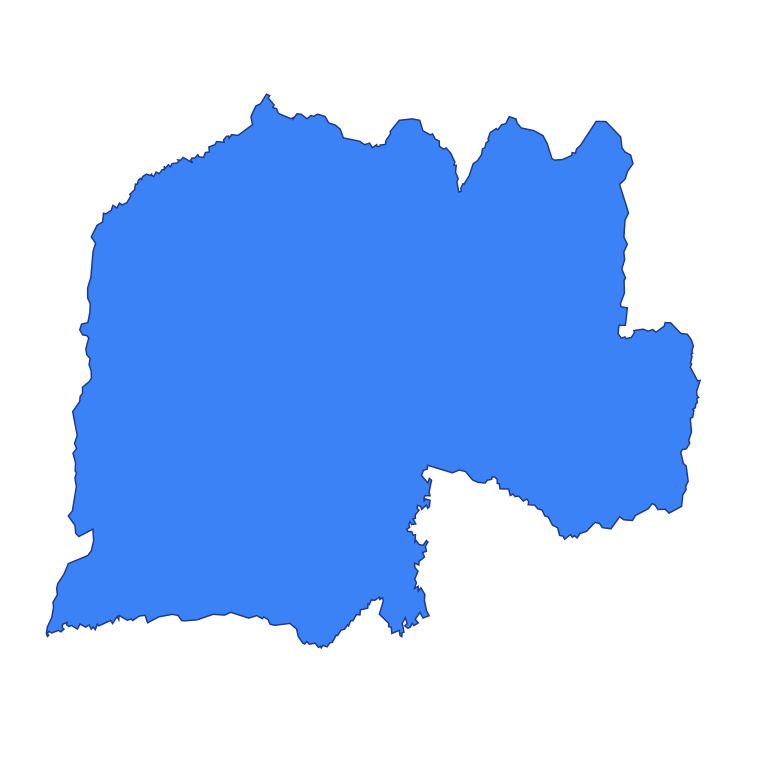 Si Thep, Phetchabun, Thailand, rotated 185°
{"feature_id": "78962969B52356787217870", "entity_name": "Si Thep", "entity_type": "district", "adm_level": 2, "iso_a3": "THA", "parent_name": "Thailand", "parent_adm1": "Phetchabun", "projection": "equal_earth", "projection_center": [101.094, 15.447], "detail": "fine", "context": "isolated", "style": "filled", "palette": "blue", "viewbox_px": 768, "rotation_deg": 185, "n_neighbors": 0, "source": "geoboundaries", "source_scale": "gbopen_adm2", "svg_char_len": 6120}
<svg xmlns="http://www.w3.org/2000/svg" viewBox="0 0 768 768"><g transform="rotate(185 384 384)"><path d="M678.3,529.7L678.4,521.0L683.7,517.0L688.4,505.0L683.6,499.0L685.4,490.5L685.3,464.6L687.6,453.8L686.7,443.9L683.7,438.5L683.2,429.9L684.4,419.3L690.5,417.3L691.8,411.4L688.4,406.6L684.6,406.5L682.1,404.2L684.1,393.2L682.7,387.2L679.0,383.8L679.5,377.5L676.9,371.7L676.0,364.6L677.6,360.9L684.1,354.5L683.5,348.2L685.6,345.3L685.6,340.0L691.7,329.3L685.1,305.9L687.1,297.8L684.6,292.9L687.8,287.9L684.4,278.7L684.1,270.5L682.6,268.7L683.7,263.3L681.5,255.1L683.4,230.4L687.0,225.0L679.5,216.2L678.1,208.4L674.8,205.4L661.3,214.1L659.6,202.2L661.1,192.2L664.1,187.3L682.7,177.6L686.2,166.7L691.6,156.7L692.3,151.6L691.0,145.6L694.7,137.8L693.7,132.5L694.7,122.3L698.2,112.5L698.6,106.2L697.3,103.2L696.2,104.2L697.5,106.5L696.3,108.3L693.4,107.0L686.7,110.2L684.3,108.9L681.4,111.9L683.3,113.3L683.3,116.5L679.0,118.8L679.1,116.5L676.9,115.0L674.2,116.2L668.0,113.2L665.9,118.4L660.1,115.8L656.8,118.1L654.3,114.3L652.5,116.5L650.2,114.1L648.6,119.8L647.0,118.2L635.8,124.6L633.5,121.7L629.6,129.1L627.7,126.2L627.8,130.3L619.1,126.3L615.3,127.9L613.7,126.5L607.8,131.4L601.8,132.8L598.7,125.5L588.1,132.4L574.9,136.1L569.2,135.6L564.9,130.7L562.4,130.6L549.6,132.8L534.1,139.7L522.6,139.9L516.8,143.2L498.3,139.0L490.5,142.2L484.8,139.6L483.4,141.4L478.9,139.1L476.4,134.7L471.9,134.1L456.8,137.3L449.8,132.4L447.4,125.0L442.3,118.8L440.3,118.1L438.5,120.7L435.8,118.3L430.0,119.8L426.3,115.9L424.5,117.1L423.5,115.6L422.1,118.3L417.7,117.2L415.5,121.4L412.9,122.2L409.8,129.6L408.4,129.3L405.3,135.2L402.0,136.2L399.3,140.9L398.2,139.8L396.7,145.1L394.2,145.6L391.4,151.9L387.8,151.9L387.9,156.9L380.7,159.3L380.7,163.4L379.5,162.9L377.8,167.7L374.2,167.8L369.8,171.4L369.4,169.0L366.8,170.9L365.8,167.5L368.6,154.3L358.3,145.9L358.2,142.6L355.6,142.3L354.5,136.2L347.4,139.8L346.0,134.7L344.2,133.9L344.4,137.6L342.5,138.5L344.9,147.1L342.5,153.0L340.1,147.5L342.2,144.9L339.0,142.8L336.6,144.1L335.0,148.0L333.1,146.0L329.0,149.0L332.4,152.4L328.3,159.5L324.7,154.3L318.9,157.1L321.9,161.7L324.9,172.2L324.9,177.8L329.5,184.2L331.7,180.6L332.4,185.4L335.8,183.0L334.4,189.0L336.4,192.2L333.8,200.4L337.2,203.8L338.0,208.4L333.5,206.7L333.6,210.5L328.6,215.1L330.8,219.6L327.2,221.0L328.6,225.8L326.5,230.5L328.1,231.7L331.0,226.7L334.9,227.1L338.3,230.8L339.4,229.2L339.5,236.5L341.8,236.0L343.6,239.4L347.2,239.1L348.9,241.3L346.0,243.3L347.0,246.6L346.1,249.0L344.3,246.4L340.2,247.3L343.4,252.4L341.0,252.9L341.5,256.3L338.1,261.3L340.3,263.2L340.0,266.0L336.8,265.3L335.6,262.4L331.2,267.2L329.6,264.0L328.1,265.9L328.0,272.2L332.8,273.1L333.8,271.3L334.2,273.8L333.5,276.3L328.4,276.7L329.7,280.3L328.2,292.2L330.6,293.9L331.5,289.1L338.7,296.2L337.2,301.4L333.5,303.0L333.5,306.8L308.1,301.5L301.5,304.9L295.2,303.9L287.5,296.2L281.7,294.2L274.5,294.2L272.9,297.1L268.5,298.4L268.2,300.9L265.6,301.0L262.9,298.9L262.5,294.8L260.4,294.7L259.3,289.7L250.6,290.2L248.5,283.9L245.8,285.6L243.6,283.2L239.9,284.1L235.0,279.5L231.8,281.9L229.6,279.4L229.8,276.3L223.4,276.5L220.0,273.1L215.4,272.1L212.3,266.6L208.8,265.8L203.8,258.0L198.5,256.0L195.9,248.5L192.3,248.0L190.5,245.1L185.1,250.2L183.1,247.8L181.0,249.4L178.2,247.5L175.8,252.2L169.5,254.8L161.8,264.5L157.0,263.9L154.1,260.0L145.3,259.5L137.7,272.3L133.2,269.6L124.6,269.7L121.9,275.1L109.8,282.8L106.5,288.2L103.5,287.2L100.2,282.8L93.0,283.8L88.8,280.2L76.9,288.0L76.7,299.4L73.8,305.2L74.6,308.1L72.5,313.5L75.8,328.6L78.8,330.9L82.4,341.8L81.1,344.7L77.3,345.7L74.3,351.6L75.5,354.5L73.5,363.0L75.9,376.5L73.6,377.7L73.0,384.8L74.2,385.8L71.8,387.5L71.6,391.6L70.2,392.7L71.1,396.9L69.4,398.0L71.5,400.3L71.9,404.3L69.4,415.1L71.9,414.4L80.4,427.6L79.3,430.8L80.5,431.8L79.5,438.4L80.6,440.6L79.2,441.5L80.2,443.5L79.1,448.8L81.5,454.4L86.1,460.0L92.7,460.2L103.7,469.9L109.2,469.7L109.9,466.1L117.5,459.3L120.9,461.7L125.5,459.7L130.7,461.2L139.7,459.0L139.1,456.8L141.6,452.0L146.8,450.3L148.1,451.9L151.6,450.3L155.2,454.5L155.1,462.9L148.7,463.5L148.3,474.6L148.3,481.1L154.4,481.5L155.5,484.3L152.4,495.8L153.9,508.1L152.6,510.5L157.1,519.3L155.1,528.9L156.6,536.3L153.8,544.4L157.8,551.3L158.2,568.1L155.3,575.7L166.7,603.4L161.6,609.2L160.0,616.9L155.2,625.2L158.2,633.5L164.2,636.2L167.5,640.0L169.8,650.8L185.9,664.8L195.5,664.1L209.0,639.0L212.7,634.9L213.4,630.6L216.8,630.9L216.8,628.0L225.7,623.2L233.5,621.9L236.3,623.1L242.4,637.7L247.3,645.3L256.9,649.5L269.5,651.0L274.0,655.3L275.6,659.5L282.5,661.3L285.3,654.0L289.5,652.5L292.8,647.1L294.5,648.3L300.0,643.8L301.8,637.2L300.8,635.7L303.4,633.0L304.0,628.2L306.4,626.7L306.8,621.0L310.2,614.7L314.4,611.1L317.2,599.1L321.6,590.2L322.9,590.3L324.5,585.8L323.9,582.7L326.2,581.8L329.0,591.6L328.0,595.0L331.2,601.2L331.1,608.1L333.5,608.2L332.7,611.2L337.8,619.9L342.7,624.6L345.1,623.1L349.6,625.7L350.1,630.8L354.5,632.6L357.5,637.4L359.6,636.2L367.3,639.6L371.4,649.8L378.9,650.6L391.8,648.0L399.8,636.1L399.4,633.5L403.2,627.0L403.5,622.7L408.5,621.8L409.1,620.1L412.0,620.2L412.2,621.7L416.1,618.4L419.4,622.7L424.2,620.7L429.4,623.7L445.9,625.6L449.8,634.0L455.1,637.7L461.9,639.3L466.0,645.4L473.8,647.0L477.4,644.5L480.2,645.1L483.8,641.5L489.9,645.5L494.3,645.6L497.5,640.2L497.6,641.5L499.9,640.2L512.9,644.4L515.0,648.9L518.9,649.6L517.8,652.4L524.2,658.8L523.0,661.2L526.3,662.5L531.4,652.4L535.8,649.9L538.5,642.9L539.8,638.3L537.6,630.9L551.1,618.9L557.6,619.1L559.6,615.4L560.2,617.4L562.3,617.1L565.2,613.1L564.3,610.9L571.9,610.9L573.3,607.6L579.1,604.9L578.2,600.0L582.1,599.0L583.5,594.0L587.9,594.1L589.4,596.2L592.2,592.5L595.0,592.4L596.1,590.2L594.0,587.6L603.9,592.2L605.9,589.3L608.8,589.2L607.8,588.3L609.0,586.2L614.4,585.1L615.6,581.7L617.9,583.7L620.7,579.7L621.9,581.8L621.6,578.4L623.6,578.2L626.1,574.0L629.5,575.3L631.5,570.6L633.8,571.8L633.7,573.5L634.7,571.4L639.1,572.3L642.6,569.5L643.3,566.5L644.6,567.6L646.4,565.7L647.3,561.4L649.0,561.5L649.5,555.7L653.8,550.7L652.6,549.3L655.9,542.3L660.4,539.6L663.3,541.2L665.4,536.1L669.6,538.3L670.9,533.2L675.9,529.2L678.3,529.7Z" fill="#3b82f6" stroke="#1e3a8a" stroke-width="1.5"/></g></svg>